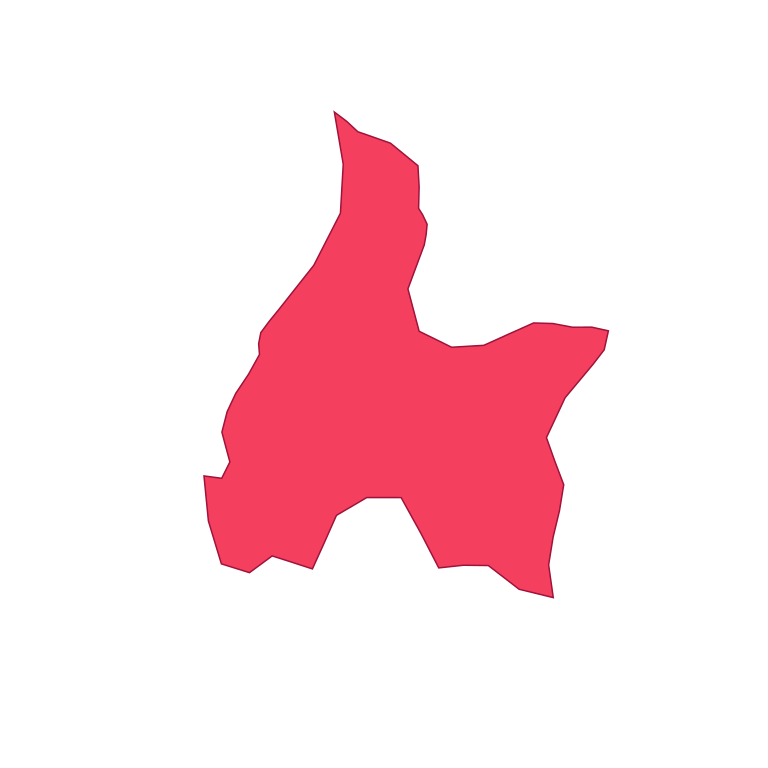 outline of Ağsu, rotated 334°
{"feature_id": "AZE-1693", "entity_name": "Ağsu", "entity_type": "District", "adm_level": 1, "iso_a3": "AZE", "parent_name": "Azerbaijan", "parent_adm1": "", "projection": "albers", "projection_center": [48.381, 40.536], "detail": "fine", "context": "isolated", "style": "filled", "palette": "rose", "viewbox_px": 768, "rotation_deg": 334, "n_neighbors": 0, "source": "natural_earth", "source_scale": "10m", "svg_char_len": 927}
<svg xmlns="http://www.w3.org/2000/svg" viewBox="0 0 768 768"><g transform="rotate(334 384 384)"><path d="M469.0,595.6L452.7,618.7L442.5,650.2L415.5,627.8L398.2,592.9L375.9,581.7L352.6,573.3L351.7,534.6L349.6,493.6L318.7,478.5L283.7,481.2L260.5,500.7L238.6,518.8L221.5,502.3L208.1,489.5L180.4,494.6L159.0,474.4L166.1,430.2L181.9,387.7L196.8,397.6L211.3,386.5L214.1,371.9L217.2,356.2L230.9,340.1L246.7,327.4L266.6,315.8L285.0,302.9L289.0,292.8L295.8,283.8L308.8,277.1L322.0,271.0L373.0,246.5L419.7,211.4L443.7,168.6L458.6,117.8L465.7,131.8L471.0,145.7L495.4,170.4L510.2,202.7L502.1,222.0L492.1,241.3L492.9,248.8L492.8,259.3L487.5,268.0L481.2,276.6L447.2,309.0L438.7,352.0L460.9,380.6L490.7,393.0L518.0,393.8L545.2,394.7L562.2,403.6L578.3,415.6L595.7,424.0L609.0,434.6L596.9,449.8L580.6,457.9L540.8,475.7L506.5,503.4L503.7,528.2L501.4,553.3L486.1,574.9L469.0,595.6Z" fill="#f43f5e" stroke="#9f1239" stroke-width="1.5"/></g></svg>